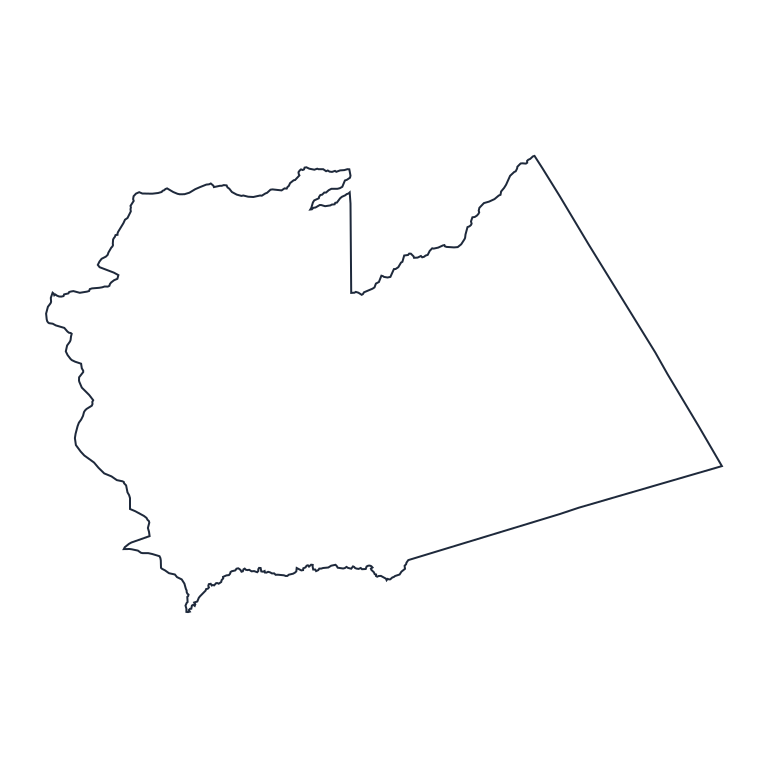 outline of Konoin, Rift Valley, Kenya
{"feature_id": "3690345B62902351105471", "entity_name": "Konoin", "entity_type": "district", "adm_level": 2, "iso_a3": "KEN", "parent_name": "Kenya", "parent_adm1": "Rift Valley", "projection": "albers", "projection_center": [35.307, -0.537], "detail": "fine", "context": "isolated", "style": "outline", "palette": "slate", "viewbox_px": 768, "rotation_deg": 0, "n_neighbors": 0, "source": "geoboundaries", "source_scale": "gbopen_adm2", "svg_char_len": 6052}
<svg xmlns="http://www.w3.org/2000/svg" viewBox="0 0 768 768"><path d="M52.6,292.7L50.8,297.9L51.1,301.8L50.6,303.2L47.9,306.8L46.1,313.6L46.7,319.3L47.2,321.2L48.0,322.4L49.1,323.2L52.7,323.7L55.8,325.4L64.3,327.9L67.4,331.5L68.9,332.7L70.7,333.0L71.7,333.8L71.0,336.5L70.6,339.9L70.0,341.5L67.1,345.5L65.8,351.4L67.6,355.1L70.5,358.9L71.8,360.1L75.1,361.7L81.1,363.7L81.8,368.3L83.2,370.7L83.2,372.1L79.1,377.3L79.0,380.5L79.3,381.8L81.8,387.6L89.2,395.0L93.2,400.2L92.3,401.9L92.5,404.0L91.8,405.7L86.6,408.9L85.0,410.5L84.0,412.1L83.0,415.9L81.2,419.5L78.9,422.7L77.6,426.1L75.6,433.7L74.9,438.1L75.9,445.1L80.7,451.6L84.3,455.5L94.0,462.5L98.5,467.8L104.2,473.4L111.5,476.4L116.8,480.1L122.5,481.3L123.8,482.0L124.1,483.3L126.1,485.4L127.5,492.4L129.1,495.1L130.0,498.1L130.0,509.0L135.0,511.1L143.9,515.9L146.5,517.9L147.5,519.8L148.9,521.1L149.3,522.6L147.9,528.0L149.0,531.8L149.6,536.1L131.4,542.5L128.9,543.9L124.8,547.2L123.8,549.1L129.7,549.0L131.8,549.3L137.9,550.6L141.0,552.8L142.5,553.1L148.1,553.1L152.2,554.0L159.5,556.2L160.4,558.1L160.8,560.4L161.0,567.8L162.0,568.8L164.9,570.3L169.0,573.2L174.9,574.5L177.0,577.1L181.7,579.4L184.4,583.6L185.9,589.0L186.6,590.4L186.7,592.2L187.4,593.7L188.5,594.6L188.2,596.0L187.3,596.9L187.6,602.0L186.7,602.9L185.5,605.6L186.4,608.7L186.4,611.9L188.0,612.1L189.8,611.6L188.8,610.1L190.0,608.8L191.3,608.7L191.9,605.6L193.2,604.8L194.7,605.9L195.3,604.3L194.2,602.5L197.3,601.5L198.8,597.8L200.0,596.3L205.6,590.6L206.1,589.1L207.8,588.7L208.9,587.5L208.3,585.9L208.8,584.2L210.7,583.8L211.7,585.5L212.9,585.0L214.1,585.4L216.2,583.1L217.5,583.1L218.7,583.7L221.2,582.0L221.6,580.2L223.2,578.4L223.0,576.9L226.4,575.4L228.9,575.1L230.1,573.7L230.5,572.1L231.6,571.3L235.3,570.4L236.5,568.7L238.2,568.3L239.4,569.0L240.6,570.1L241.5,571.7L242.8,571.3L243.5,569.3L244.7,568.6L245.9,569.8L247.5,570.1L249.2,569.8L251.5,571.3L254.1,571.1L257.2,572.2L258.3,571.0L258.3,569.2L259.1,567.9L260.6,568.0L261.3,571.4L263.1,571.7L264.6,571.0L264.9,572.5L266.5,572.6L268.1,571.8L270.2,572.4L271.9,573.4L274.2,573.4L275.6,574.8L277.8,574.7L283.9,575.3L285.8,576.0L287.4,575.9L288.8,574.7L293.1,573.7L295.0,572.6L296.3,571.4L296.7,568.0L301.3,570.4L303.1,570.1L303.3,568.3L305.5,567.4L306.6,565.7L307.9,565.3L309.0,566.6L311.1,564.7L312.7,564.9L312.6,566.5L313.2,569.5L315.2,569.5L316.1,571.1L318.3,570.1L319.3,568.6L321.2,568.6L323.1,568.0L328.3,567.5L331.2,565.7L335.5,564.8L336.7,566.0L337.7,567.7L343.1,568.5L344.8,568.1L346.5,566.9L348.0,567.9L351.2,568.7L353.0,566.4L354.1,566.9L355.2,568.1L356.6,568.6L358.6,568.9L360.7,568.0L362.0,569.2L365.7,569.0L366.6,566.5L368.2,565.7L369.8,565.6L371.3,566.2L372.5,567.5L370.9,568.6L371.4,569.9L373.9,572.3L374.7,574.2L376.1,574.5L376.0,576.0L377.2,576.7L378.7,576.0L380.9,575.9L386.0,578.7L386.6,580.2L387.6,578.9L389.1,579.4L390.3,579.3L392.4,577.4L393.6,577.1L395.1,576.0L399.6,574.5L401.4,571.7L405.0,568.8L404.6,565.8L406.1,564.2L406.5,562.6L408.3,560.1L559.6,514.1L578.8,507.7L721.9,466.1L698.6,426.1L667.5,374.1L655.3,352.5L588.6,244.4L559.7,196.1L542.4,168.2L534.5,155.9L532.9,156.4L530.2,158.9L528.2,159.8L527.1,160.9L527.2,162.7L525.9,163.6L522.4,163.3L520.6,163.5L517.4,166.7L517.1,168.5L515.7,171.3L514.2,172.0L510.1,175.8L506.1,184.7L504.1,187.9L501.1,191.5L500.5,194.8L498.8,195.5L494.5,199.1L489.1,201.6L483.9,203.1L479.4,207.8L478.7,210.7L479.2,212.3L478.5,213.8L476.9,215.6L474.7,217.0L472.4,217.3L471.0,221.4L471.6,223.7L470.9,225.1L469.5,226.3L467.5,227.1L465.5,234.5L465.1,237.8L464.5,239.2L461.2,244.3L457.7,247.1L454.0,247.4L446.5,246.9L444.9,246.3L444.4,245.1L443.0,245.4L438.2,247.6L433.7,248.6L432.2,248.3L429.7,250.9L427.7,254.9L425.5,255.6L424.2,256.7L422.2,257.3L420.9,256.0L417.6,257.6L414.0,257.8L413.6,256.4L410.9,253.7L409.2,253.6L408.0,255.0L404.2,255.5L402.4,261.8L401.0,262.6L398.3,267.2L395.6,269.0L393.9,269.1L390.4,276.9L387.5,277.5L384.0,276.9L382.8,276.1L381.4,275.7L378.9,282.0L375.9,283.6L374.5,287.4L372.5,288.7L364.0,292.3L362.9,294.1L361.7,294.8L358.4,292.7L355.8,291.9L354.5,292.7L351.2,292.9L350.5,203.6L349.7,192.4L348.5,193.5L346.7,194.1L345.2,195.3L341.9,196.8L340.1,198.3L336.9,202.6L335.3,202.8L334.6,204.3L331.7,204.6L330.4,205.4L325.1,206.2L321.4,205.1L319.8,205.0L315.5,207.5L313.4,207.8L311.9,209.3L310.3,209.5L311.3,207.9L312.9,202.5L314.2,200.4L318.8,198.3L319.1,196.8L320.4,195.0L322.1,194.7L324.3,192.5L326.1,192.5L328.7,190.2L331.4,188.8L337.4,188.8L339.8,188.2L342.3,186.8L344.9,180.5L346.9,179.8L350.0,177.7L350.5,175.7L349.3,169.3L347.4,169.2L344.3,170.1L340.1,170.4L336.3,171.8L335.0,170.9L332.0,171.9L329.5,171.6L327.8,170.5L326.1,171.2L323.2,169.2L318.5,169.2L317.2,168.7L314.4,169.7L309.3,168.7L306.4,167.3L304.6,167.6L304.0,169.4L302.7,170.0L301.0,169.4L299.7,170.5L298.5,172.2L298.7,173.9L299.4,175.4L295.1,180.0L293.6,180.3L290.1,183.1L288.8,185.9L287.5,187.0L286.7,188.6L284.5,188.4L281.6,190.4L272.5,189.4L270.5,189.7L267.1,192.8L265.3,193.5L261.8,195.7L260.1,195.5L253.3,197.0L248.1,196.7L243.3,195.5L241.4,195.9L236.7,194.6L231.9,192.0L229.3,188.7L227.5,187.4L226.6,185.4L223.8,185.1L221.7,185.8L219.9,185.8L213.9,187.1L213.4,185.7L210.8,183.5L209.1,184.3L206.3,184.6L200.0,187.1L195.2,189.2L189.4,192.7L184.5,194.2L179.9,194.3L177.5,193.8L173.2,192.0L167.1,188.4L165.5,189.0L164.0,190.3L162.6,190.8L161.6,192.0L158.1,193.0L152.2,193.7L142.3,193.5L139.2,192.2L136.0,193.6L133.6,196.2L133.1,199.1L133.7,200.9L130.5,205.9L130.9,207.4L130.5,209.2L130.8,211.4L127.5,218.0L125.0,219.7L123.4,223.2L118.1,231.9L117.5,233.5L117.5,234.8L115.5,235.1L114.9,236.8L113.8,238.2L113.1,239.5L112.8,243.7L113.0,245.1L112.4,246.5L111.3,247.6L108.4,252.6L107.7,254.8L105.9,256.6L101.6,258.8L99.5,261.5L97.8,264.9L99.6,267.2L113.8,272.6L118.4,275.1L117.4,278.8L114.1,280.2L111.1,282.5L109.9,284.1L109.4,285.8L107.8,286.6L104.6,286.5L102.2,287.3L99.2,287.8L92.0,288.4L89.8,289.1L89.1,291.0L87.1,291.6L79.8,292.8L73.4,291.1L71.0,291.5L69.2,292.0L68.4,293.4L64.1,294.4L63.5,296.1L61.3,296.6L59.1,296.5L56.9,295.6L55.4,294.5L54.3,295.3L53.8,293.7L52.6,292.7Z" fill="none" stroke="#1e293b" stroke-width="2"/></svg>